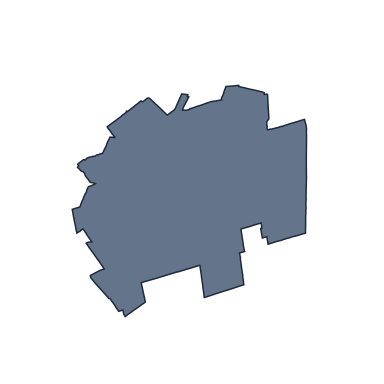 Patulele, Mehedinti, Romania (Robinson projection), rotated 320°
{"feature_id": "2599482B86573663182139", "entity_name": "Patulele", "entity_type": "district", "adm_level": 2, "iso_a3": "ROU", "parent_name": "Romania", "parent_adm1": "Mehedinti", "projection": "robinson", "projection_center": [22.803, 44.325], "detail": "fine", "context": "isolated", "style": "filled", "palette": "slate", "viewbox_px": 384, "rotation_deg": 320, "n_neighbors": 0, "source": "geoboundaries", "source_scale": "gbopen_adm2", "svg_char_len": 5824}
<svg xmlns="http://www.w3.org/2000/svg" viewBox="0 0 384 384"><g transform="rotate(320 192 192)"><path d="M172.0,296.4L172.3,296.1L172.7,295.3L174.5,292.7L175.4,291.1L175.6,290.8L175.9,290.4L176.1,290.2L176.6,289.2L177.0,288.7L177.2,288.4L177.5,288.3L178.3,286.6L179.3,285.2L180.6,283.0L184.1,277.5L184.8,276.3L185.9,274.6L186.2,274.2L186.6,273.8L187.2,273.0L187.6,272.1L188.6,270.3L188.9,269.8L189.1,269.3L192.8,270.9L194.1,271.4L194.1,271.0L197.2,265.7L199.2,262.5L200.0,261.1L200.7,260.0L202.3,257.4L202.9,256.4L203.0,256.2L205.1,252.8L205.7,251.8L215.6,256.2L219.5,257.7L220.5,258.2L225.0,260.1L224.6,260.9L222.3,264.6L221.2,264.1L221.0,264.4L216.3,272.5L219.8,274.0L220.6,274.4L216.7,280.9L220.9,282.6L223.6,283.7L224.4,284.0L225.8,284.7L229.6,286.5L231.2,287.1L231.5,287.1L232.4,287.6L234.8,288.5L237.1,289.7L239.6,290.6L239.9,290.8L240.7,291.1L242.5,292.0L244.7,293.1L246.6,293.9L249.1,294.9L250.7,295.6L251.4,296.0L252.5,296.5L254.4,294.2L257.6,290.6L263.5,283.6L265.2,281.9L267.5,279.1L268.7,277.9L271.2,274.8L272.1,273.7L274.5,271.2L275.5,270.0L277.3,267.7L279.2,265.6L281.2,263.3L288.4,255.2L293.3,249.2L300.2,240.9L316.7,221.6L317.5,220.4L318.0,219.8L318.8,219.0L319.4,218.3L319.8,217.9L320.0,217.5L320.7,216.7L321.4,215.7L322.2,214.2L324.2,210.0L324.9,208.8L324.6,208.5L320.1,206.7L310.9,202.7L306.3,200.8L304.7,200.1L304.0,200.2L303.4,200.0L303.3,199.6L301.6,198.7L299.3,197.9L296.9,196.6L295.7,196.1L294.6,195.5L292.9,194.8L292.6,194.2L291.6,193.8L291.1,193.6L290.2,193.1L289.9,192.9L289.9,192.7L290.2,191.9L290.3,191.6L290.5,191.3L291.3,190.7L292.1,189.5L292.5,188.9L292.5,188.5L293.1,187.9L294.0,186.7L294.7,186.3L296.0,185.8L296.8,185.7L297.5,185.6L297.9,185.1L298.2,185.0L307.9,172.0L311.2,167.7L312.9,165.3L312.5,165.6L312.4,165.6L312.2,165.1L310.1,163.7L311.2,162.2L310.2,160.7L306.2,155.2L304.1,152.5L300.8,148.2L299.0,145.6L297.4,143.7L296.0,141.6L295.7,141.1L295.8,140.9L296.3,140.4L296.2,140.3L295.4,139.6L292.5,137.8L288.2,134.7L286.4,133.4L285.9,133.0L281.7,135.3L281.5,135.5L280.3,136.2L279.5,136.8L278.5,137.2L278.2,137.5L277.2,138.1L276.7,138.2L276.3,138.3L274.4,139.5L273.7,140.5L272.0,139.3L268.0,137.2L267.5,136.7L264.6,135.0L264.4,134.9L263.4,134.6L261.4,133.7L258.8,132.8L258.4,132.5L257.4,132.3L256.3,131.9L255.7,131.8L255.4,131.5L252.6,130.4L250.4,129.4L247.1,128.3L245.2,127.5L244.2,126.9L244.0,127.3L243.4,127.0L242.5,126.8L240.7,126.0L239.5,125.2L238.8,124.6L238.5,124.0L237.4,123.2L238.6,122.3L239.2,121.9L240.8,121.2L248.3,118.1L250.7,117.0L249.8,115.8L251.4,114.8L247.2,110.3L236.9,115.3L235.8,115.8L234.7,116.4L232.0,117.6L229.9,117.7L227.9,117.5L225.7,117.4L223.0,117.3L222.6,117.2L222.3,116.0L222.1,113.5L221.9,112.2L221.6,108.7L221.4,107.4L221.3,106.5L221.1,104.3L221.0,103.3L220.8,101.9L220.6,101.4L220.5,100.1L219.8,93.8L219.6,92.7L219.2,92.1L218.7,91.7L218.0,91.4L217.6,91.3L216.2,91.4L212.3,91.2L211.9,90.9L211.7,90.7L211.6,90.3L211.6,89.9L211.5,89.4L210.7,89.4L209.2,89.3L208.7,89.5L205.6,89.3L204.9,89.2L201.3,89.2L200.7,89.1L200.0,89.1L199.6,89.1L199.1,89.0L197.1,89.1L194.9,88.9L194.1,88.9L193.9,88.8L194.0,88.2L193.8,87.9L193.6,88.0L193.1,88.5L192.9,88.6L190.8,88.7L190.4,88.5L190.2,88.6L189.7,88.6L189.0,88.5L188.4,88.3L186.0,88.5L184.9,88.5L177.8,88.1L176.7,88.0L169.0,87.5L168.8,87.7L168.7,88.9L168.4,90.2L168.6,90.7L168.7,91.1L168.6,92.2L168.4,93.6L168.4,94.5L168.1,96.3L168.1,96.6L168.2,97.4L168.2,98.3L168.1,99.3L168.1,100.0L168.1,100.3L167.6,100.6L166.6,99.2L166.4,98.9L165.9,98.7L165.3,97.9L164.6,97.3L163.8,97.5L162.0,98.4L158.7,99.8L157.6,100.4L157.1,100.8L156.7,101.2L154.2,102.3L153.9,102.4L153.7,102.4L151.5,103.4L150.9,103.8L149.8,104.3L148.8,104.8L147.8,104.6L147.3,104.5L146.8,104.2L144.9,103.4L144.1,103.0L143.6,102.8L142.5,102.3L141.2,102.3L140.5,102.1L139.8,101.7L139.0,101.0L138.4,100.6L137.1,100.2L135.8,99.4L135.5,99.3L134.8,99.0L133.7,98.8L133.3,98.5L132.9,98.6L132.6,98.6L131.9,98.8L130.7,98.9L130.5,98.7L130.3,98.0L130.1,97.8L129.6,97.5L129.2,97.4L128.2,97.4L127.7,97.4L126.2,97.3L125.3,97.2L124.7,97.4L124.4,97.4L124.0,97.3L123.7,97.1L123.3,97.1L122.6,97.3L122.2,97.4L122.1,98.3L122.1,98.8L122.1,99.0L121.6,99.2L120.9,99.3L120.2,99.6L120.5,104.1L120.6,104.4L121.0,105.4L121.4,106.2L121.6,106.5L121.7,106.9L121.6,108.7L121.4,109.7L120.9,110.5L120.7,111.1L120.6,115.1L120.3,118.3L120.4,118.8L120.4,119.2L120.7,119.8L122.1,121.3L122.4,121.7L123.3,123.6L120.0,122.8L119.2,122.5L118.0,122.1L116.7,121.5L115.6,121.5L113.2,122.6L112.5,123.2L111.8,123.5L111.1,124.0L109.9,124.6L109.1,124.7L107.7,125.4L105.8,126.3L104.0,127.4L103.3,127.8L102.2,128.2L99.6,129.6L98.1,130.4L96.6,131.4L89.1,128.3L83.9,137.4L80.9,143.0L78.2,147.8L77.4,149.5L78.9,149.5L79.2,149.7L79.9,149.7L80.2,149.8L80.4,150.1L80.7,150.2L81.1,150.1L82.1,149.9L82.5,149.9L83.0,150.2L83.5,150.1L84.3,150.1L84.8,150.2L84.2,156.4L84.0,156.7L83.3,165.0L83.3,165.8L80.1,163.7L78.0,163.2L77.7,166.1L77.7,167.0L77.5,167.9L77.3,171.1L76.9,176.7L76.9,177.5L76.7,178.1L76.6,179.8L76.6,180.2L76.5,181.6L76.4,181.8L76.4,182.2L76.3,183.6L76.5,184.1L76.5,184.3L76.3,184.6L75.7,190.5L75.9,191.0L75.6,191.6L75.5,192.6L75.2,194.6L71.2,192.9L62.7,191.1L60.5,190.6L60.0,191.1L59.3,193.4L59.3,201.5L59.8,214.5L59.8,220.0L60.1,220.4L60.7,220.9L60.3,224.8L60.2,226.8L60.1,227.9L60.2,228.1L60.1,228.7L59.8,230.8L59.6,231.3L59.4,233.3L59.3,234.9L59.1,236.3L63.2,238.0L62.7,238.9L61.2,241.7L60.9,243.2L60.7,244.4L64.2,244.6L66.1,244.8L68.5,245.0L71.1,245.1L74.5,245.5L81.9,246.0L83.1,246.2L85.4,246.3L86.4,244.7L94.0,230.3L94.9,228.8L110.0,235.5L130.0,244.0L129.9,244.2L150.9,253.2L150.6,253.8L149.5,255.4L149.1,256.1L146.9,259.8L144.1,264.1L142.9,266.1L138.8,272.5L135.7,277.5L133.9,280.1L133.6,280.7L134.4,281.1L141.6,284.0L144.5,285.1L148.1,286.6L152.6,288.4L156.7,290.2L157.6,290.5L160.0,291.6L161.2,292.0L164.7,293.4L169.5,295.3L172.0,296.4Z" fill="#64748b" stroke="#1e293b" stroke-width="1.5"/></g></svg>